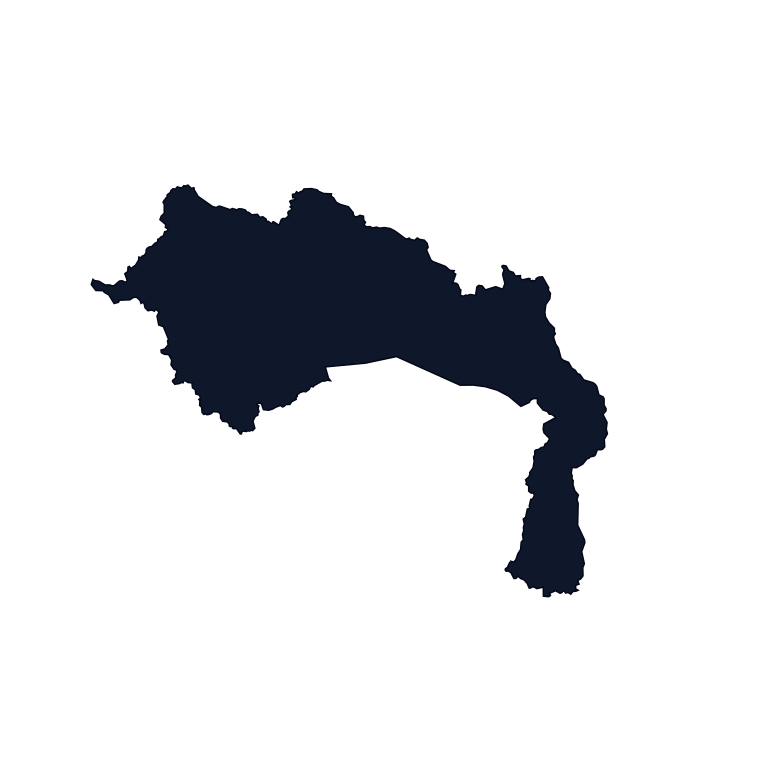 Buryat, Albers equal-area conic projection, rotated 237°
{"feature_id": "RUS-2606", "entity_name": "Buryat", "entity_type": "Republic", "adm_level": 1, "iso_a3": "RUS", "parent_name": "Russia", "parent_adm1": "", "projection": "albers", "projection_center": [108.984, 53.605], "detail": "fine", "context": "isolated", "style": "filled", "palette": "ink", "viewbox_px": 768, "rotation_deg": 237, "n_neighbors": 0, "source": "natural_earth", "source_scale": "10m", "svg_char_len": 6171}
<svg xmlns="http://www.w3.org/2000/svg" viewBox="0 0 768 768"><g transform="rotate(237 384 384)"><path d="M144.2,467.3L141.5,466.0L135.8,458.5L124.1,454.1L121.7,450.7L114.7,446.4L113.4,442.8L113.7,439.4L109.9,438.6L110.6,436.0L110.2,434.6L107.7,433.2L105.3,434.5L105.6,432.4L107.1,429.2L106.0,426.2L108.9,424.8L109.8,422.4L112.1,422.4L112.9,421.1L112.2,419.8L112.6,417.7L117.2,415.3L118.3,408.6L116.0,408.5L115.9,406.3L119.2,402.1L126.9,406.9L129.1,400.8L132.1,399.2L133.2,397.4L133.0,396.0L133.7,394.6L138.7,395.5L143.6,394.7L146.5,392.6L149.8,391.8L149.1,388.8L150.1,387.0L156.6,387.7L159.5,386.4L160.4,384.5L162.1,384.4L162.8,385.0L163.1,387.8L165.9,392.2L165.6,393.9L166.1,394.0L163.9,395.9L164.9,399.0L168.7,403.8L170.8,408.4L176.7,413.0L177.5,416.0L182.4,418.2L185.0,421.4L187.6,422.6L190.3,425.5L194.9,427.2L195.2,430.3L201.1,436.1L200.4,438.7L202.5,439.3L207.3,444.2L206.6,445.8L208.4,449.2L211.0,450.0L212.6,447.8L215.4,447.0L219.6,449.8L222.7,448.5L223.8,449.9L226.6,450.6L227.2,454.7L228.7,457.1L230.3,457.8L232.6,463.4L237.5,467.9L241.4,469.7L242.6,472.0L245.7,473.8L246.0,475.4L244.9,478.1L245.1,481.2L244.0,483.9L246.0,486.5L245.7,489.0L247.9,493.1L256.0,491.6L259.5,492.9L263.4,496.2L262.3,510.0L266.8,508.3L268.8,506.1L272.0,506.0L275.6,503.2L284.5,502.3L288.3,504.7L290.4,501.2L290.6,498.1L289.4,495.8L290.7,486.6L306.0,481.9L317.1,475.7L326.6,467.5L334.6,458.1L341.5,447.2L400.2,409.4L411.6,379.8L430.3,344.1L419.3,340.7L415.9,340.9L418.1,338.4L418.8,335.7L420.1,333.8L420.7,324.4L420.1,323.1L422.1,321.0L420.3,318.6L420.0,314.2L421.5,312.6L422.7,308.7L422.2,307.4L422.6,305.5L421.0,304.7L420.1,302.4L418.9,302.0L419.4,296.8L418.1,294.0L420.1,290.7L419.7,287.9L420.0,286.4L422.4,285.4L423.5,280.5L423.6,277.2L424.8,273.0L428.2,268.9L434.4,270.5L436.1,268.6L436.4,267.2L435.9,266.0L433.8,267.1L432.0,265.0L428.8,264.1L428.2,262.2L426.6,261.3L426.9,258.3L424.2,253.8L417.2,251.6L416.4,248.4L417.6,247.4L417.7,245.5L418.9,244.4L419.1,242.7L421.1,240.4L421.2,238.6L419.8,237.2L420.5,236.2L427.0,236.0L428.4,233.5L429.5,233.0L430.7,234.3L431.7,232.1L433.1,231.4L435.0,232.4L437.7,231.8L440.6,228.4L444.2,228.3L447.8,230.4L450.6,229.9L454.0,225.5L453.2,223.4L453.9,220.3L454.7,218.7L455.8,218.4L456.7,216.2L459.3,215.9L463.6,218.4L466.5,217.7L470.3,220.5L471.9,220.3L472.0,222.2L474.0,223.0L475.7,222.8L478.2,220.7L481.9,222.6L485.1,221.3L489.5,223.5L492.0,220.4L495.5,218.8L495.6,218.0L494.4,216.1L495.7,214.7L495.7,212.8L497.7,208.4L501.1,208.0L502.1,208.6L502.6,212.9L504.9,213.9L507.9,218.0L510.7,215.9L516.1,215.8L519.7,219.0L526.0,219.4L528.5,216.0L531.5,214.3L533.9,215.4L532.8,219.2L534.4,224.3L538.1,225.9L538.8,227.6L552.3,230.2L556.2,227.2L564.6,230.6L566.3,233.6L567.5,234.4L570.5,233.4L570.8,232.3L570.1,231.1L572.5,229.5L574.0,225.9L578.0,225.1L582.4,226.7L584.0,225.6L583.9,224.1L587.1,224.9L591.7,223.6L593.1,220.6L593.0,216.7L598.0,208.4L597.9,206.8L597.1,205.8L598.5,201.5L608.7,201.7L613.3,199.3L615.2,199.2L619.4,193.2L626.9,192.7L630.3,196.9L628.5,197.5L625.4,200.9L618.9,204.1L616.6,207.8L614.3,209.6L613.5,211.3L614.4,218.3L613.3,220.6L610.1,222.5L610.4,225.0L617.7,226.7L617.9,230.3L621.5,233.0L621.4,234.5L618.7,234.6L619.0,240.4L621.6,245.7L624.0,247.5L622.4,249.0L623.0,251.3L622.4,253.0L623.6,255.8L626.1,257.7L626.8,259.2L626.9,261.3L625.8,264.0L626.8,268.3L626.5,271.7L628.6,273.1L628.2,274.8L628.8,276.6L628.5,279.7L631.2,283.0L630.4,285.1L630.9,286.3L631.7,287.2L634.5,285.9L636.5,287.8L643.9,285.6L646.1,288.5L646.9,292.7L654.7,297.7L656.6,297.6L657.9,299.7L657.8,300.8L658.8,301.9L658.6,304.0L660.0,304.4L660.3,305.8L660.8,305.7L661.0,309.4L662.2,310.3L662.7,313.3L661.1,315.3L661.9,318.0L658.9,320.7L658.9,323.3L659.4,324.0L658.2,325.3L657.6,327.9L652.8,329.1L652.4,331.2L651.7,331.5L650.5,330.6L642.5,330.3L626.4,336.8L623.2,339.5L623.4,341.1L622.8,343.0L614.0,349.9L613.8,352.4L610.1,355.6L610.1,357.6L608.2,360.2L605.5,362.5L602.7,362.7L601.8,364.0L598.0,365.2L595.2,370.3L591.5,370.6L590.2,373.5L586.4,375.0L584.7,373.9L583.3,375.7L580.0,376.6L579.9,378.2L580.5,378.8L580.2,379.8L575.0,382.1L574.7,383.1L577.9,387.5L577.9,389.3L576.4,391.7L577.0,395.4L580.3,396.8L580.8,398.3L580.5,400.6L581.8,402.6L583.7,401.7L583.9,403.1L585.3,404.0L588.5,404.4L588.6,405.8L586.9,410.5L588.8,410.4L589.9,408.9L592.9,410.5L591.9,413.1L592.9,415.4L590.4,416.4L590.9,418.3L590.2,420.3L591.2,423.1L587.4,429.6L583.1,433.8L581.4,434.0L576.8,437.0L572.1,443.5L570.4,442.0L567.5,443.1L562.2,443.0L558.1,445.4L552.1,450.7L544.6,451.5L542.2,450.4L540.0,450.8L538.8,453.0L538.6,455.7L536.0,458.2L532.3,456.2L529.7,456.6L528.3,453.8L525.3,455.0L523.6,458.1L521.2,459.3L519.7,463.1L517.2,465.1L515.0,469.5L511.1,473.8L506.7,476.4L494.3,481.1L493.1,482.2L492.7,484.6L491.0,484.9L487.8,487.9L488.4,491.4L486.1,492.5L482.6,496.2L478.4,496.8L474.5,495.4L473.4,492.7L462.5,490.9L460.2,491.6L449.2,499.6L443.4,501.2L440.8,504.6L439.7,502.8L437.0,504.0L431.4,496.8L429.2,499.4L427.2,500.2L422.7,499.2L421.0,499.7L417.5,496.8L416.0,496.8L414.3,498.8L414.1,501.0L413.0,501.9L412.0,505.3L408.4,509.0L414.8,514.7L415.2,517.0L412.9,519.7L407.7,520.3L404.8,530.7L398.8,535.2L402.4,540.1L410.1,542.7L411.9,543.7L414.3,546.9L418.0,546.7L418.8,547.5L418.5,548.6L416.5,550.7L410.8,550.4L407.2,553.2L403.0,553.0L400.6,557.5L398.7,556.1L396.0,556.6L393.8,562.8L392.7,563.8L391.6,562.9L390.4,563.3L390.1,564.8L388.7,565.9L388.4,568.0L389.6,569.0L389.4,572.0L387.6,575.3L375.1,574.6L373.2,572.9L369.4,573.0L365.1,569.4L362.5,563.0L356.6,558.0L352.3,556.0L345.2,555.7L338.0,557.3L335.2,555.4L332.7,555.0L332.2,553.0L330.5,551.5L323.8,549.7L319.2,549.8L309.2,546.5L306.3,547.3L301.7,550.6L295.0,550.2L291.3,551.9L287.4,551.9L285.3,553.5L278.6,553.8L271.3,560.0L268.7,561.0L266.0,561.1L257.8,558.3L253.8,560.8L251.6,560.5L246.5,557.1L242.2,556.8L240.5,555.4L239.2,551.1L230.2,550.1L225.2,545.9L220.6,544.3L217.6,538.6L211.1,534.9L210.3,531.9L210.6,530.4L212.7,527.1L209.4,522.7L209.1,521.1L210.7,516.9L210.1,515.5L210.7,513.5L208.6,507.2L209.0,499.9L211.2,496.6L210.9,495.7L207.0,492.3L204.6,491.9L202.4,490.1L199.8,490.0L196.9,487.8L190.8,485.9L185.0,486.6L182.0,482.9L178.1,481.8L160.1,469.5L144.2,467.3Z" fill="#0f172a" stroke="#020617" stroke-width="1.5"/></g></svg>